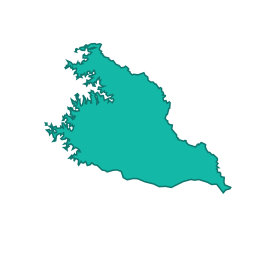 Guia Lopes da Laguna, Mato Grosso do Sul, Brazil, rotated 161°
{"feature_id": "56859067B83170351073830", "entity_name": "Guia Lopes da Laguna", "entity_type": "district", "adm_level": 2, "iso_a3": "BRA", "parent_name": "Brazil", "parent_adm1": "Mato Grosso do Sul", "projection": "albers", "projection_center": [-55.943, -21.55], "detail": "fine", "context": "isolated", "style": "filled", "palette": "teal", "viewbox_px": 256, "rotation_deg": 161, "n_neighbors": 0, "source": "geoboundaries", "source_scale": "gbopen_adm2", "svg_char_len": 6020}
<svg xmlns="http://www.w3.org/2000/svg" viewBox="0 0 256 256"><g transform="rotate(161 128 128)"><path d="M50.2,38.4L55.0,42.7L55.0,45.5L53.1,50.0L55.4,51.4L56.0,52.8L55.2,55.0L55.6,56.2L57.8,56.8L57.1,59.6L57.7,60.6L56.7,61.4L55.3,61.0L56.8,63.4L54.5,65.2L55.6,67.3L53.8,68.6L53.5,70.3L56.0,75.1L57.4,75.3L58.7,78.3L60.0,78.7L61.0,82.1L61.0,85.5L60.1,86.7L60.7,87.8L63.5,90.4L66.4,89.0L66.7,89.9L67.7,89.9L70.3,88.0L76.4,92.6L77.8,96.0L77.2,96.9L78.3,97.7L79.7,97.4L84.4,100.9L83.7,101.7L85.0,103.6L84.3,105.6L87.1,112.8L85.1,116.3L87.9,118.0L88.7,120.4L88.2,121.8L89.0,122.4L89.8,125.0L87.4,128.1L86.4,128.0L83.0,133.2L82.1,133.2L80.0,138.2L80.4,139.2L83.0,138.7L83.2,141.6L85.4,141.7L85.2,145.0L82.7,145.7L82.2,146.6L84.5,147.9L83.3,148.7L83.1,150.3L84.2,151.4L83.4,154.6L84.3,155.7L85.8,155.1L87.3,160.5L88.3,160.8L89.3,163.3L91.4,163.9L93.4,166.4L92.8,169.8L94.8,172.6L95.0,175.1L101.3,175.0L105.0,176.9L106.9,177.0L108.1,179.3L107.9,180.4L109.5,182.5L108.1,183.6L109.5,186.4L110.3,187.3L111.3,186.6L114.9,187.1L116.2,190.1L118.6,191.9L120.1,196.5L121.7,196.6L123.5,199.0L123.5,200.4L127.5,203.2L127.5,204.5L128.3,205.4L127.9,206.2L129.3,207.5L128.0,209.0L129.6,211.0L129.2,212.4L126.1,215.6L127.1,216.8L130.6,217.2L131.8,218.6L135.5,219.5L137.7,219.3L138.5,218.5L140.7,220.3L143.4,219.0L147.1,219.6L148.0,218.6L146.4,216.5L143.7,215.5L141.9,218.2L140.4,218.1L140.7,216.4L139.7,215.2L140.6,214.6L140.5,213.2L137.7,211.3L140.3,209.9L141.3,210.7L143.0,209.4L145.4,210.9L145.3,211.9L146.7,211.4L147.7,208.9L143.5,207.2L143.3,206.0L146.3,204.8L147.5,205.2L147.4,206.3L148.8,206.1L150.7,204.8L149.8,203.6L152.6,203.7L153.0,205.7L154.0,205.7L153.9,206.8L156.1,204.7L158.2,206.0L159.6,205.7L160.5,208.5L163.5,211.3L162.9,209.3L163.7,207.8L164.4,206.7L165.8,207.2L166.1,206.2L167.8,205.7L167.6,204.5L162.2,205.6L162.3,203.1L160.7,203.5L161.2,201.2L157.3,201.4L158.3,198.7L160.2,198.1L161.2,196.6L159.1,196.9L157.8,195.3L158.6,194.6L158.4,193.1L160.0,193.1L159.6,192.1L160.2,191.1L156.8,192.0L155.1,190.8L155.4,193.6L154.3,193.9L153.5,192.7L151.3,193.9L151.5,190.7L149.5,192.2L148.4,191.8L148.8,193.7L147.8,194.5L145.7,194.0L146.2,192.2L144.6,191.7L141.3,193.7L140.9,190.1L143.9,189.2L144.1,190.4L145.3,189.4L147.3,190.2L148.1,189.3L144.7,186.9L150.0,185.4L151.2,186.6L152.2,184.1L155.1,183.9L153.4,182.8L153.3,181.3L150.6,183.6L149.9,182.5L149.2,183.4L148.1,183.3L147.1,180.4L147.4,179.3L145.5,178.3L145.6,182.0L144.6,182.3L143.4,181.0L142.9,182.5L140.0,184.8L138.7,185.1L139.6,183.1L139.4,182.0L138.3,182.0L140.2,179.8L140.1,178.3L138.6,176.1L136.8,175.3L139.6,175.0L142.4,176.3L143.7,174.3L140.7,172.9L142.4,171.0L142.0,169.7L138.4,170.8L138.5,169.3L136.7,168.2L137.9,167.0L136.9,164.8L132.0,164.7L131.4,163.9L135.0,162.0L134.4,160.9L132.5,160.5L132.3,159.0L134.7,157.0L136.6,159.8L138.3,158.9L136.5,162.4L141.4,161.7L140.8,166.7L142.0,167.2L143.4,166.6L145.1,171.6L146.6,171.3L147.9,169.8L148.1,171.4L149.2,172.0L148.7,173.9L150.5,175.4L151.0,173.6L153.4,174.2L151.9,170.6L153.3,170.4L153.3,166.7L154.3,165.1L156.6,167.5L156.8,168.7L159.5,164.4L160.5,165.1L159.8,165.8L158.7,169.9L159.9,173.8L160.1,170.3L162.1,166.8L164.0,164.3L165.3,164.2L165.3,167.3L164.2,170.8L165.3,170.5L165.8,173.0L163.9,175.2L164.6,176.9L167.2,176.1L166.5,175.2L167.1,173.9L167.0,170.1L168.2,167.4L169.1,170.5L170.3,170.4L172.2,173.5L172.4,168.8L171.0,168.5L172.0,166.2L170.5,166.4L169.8,165.7L171.0,163.8L168.2,162.7L168.5,160.2L171.7,160.6L171.8,161.8L173.4,161.3L173.8,162.6L175.1,162.8L174.1,164.7L175.7,166.1L176.7,165.6L175.5,164.8L177.0,163.6L176.8,161.5L178.2,159.2L176.7,158.6L177.2,155.7L178.2,155.6L178.4,157.1L180.6,158.4L181.5,161.3L182.5,160.1L183.7,160.6L184.4,159.3L185.8,160.1L186.1,157.5L187.3,156.5L186.2,156.2L184.7,157.7L183.0,157.6L182.5,155.2L185.1,153.9L184.5,152.6L180.9,151.2L182.7,149.4L182.6,148.2L179.6,149.3L180.0,147.6L178.6,147.6L180.2,144.8L182.3,143.3L183.1,144.3L183.4,146.6L185.0,146.1L185.4,147.1L184.5,151.2L185.6,151.0L186.3,149.8L187.3,153.6L188.6,154.2L189.4,151.5L188.7,149.9L189.1,148.7L191.1,151.5L191.5,149.9L195.2,150.7L195.5,153.1L197.8,153.0L198.7,152.2L199.2,156.5L200.4,154.8L201.9,155.3L200.3,152.8L200.4,151.0L197.1,150.4L197.0,147.0L199.0,147.2L199.5,149.3L202.7,150.8L202.8,152.2L205.8,152.6L204.0,149.0L204.3,147.2L202.8,148.2L201.2,148.0L201.4,143.7L200.4,141.6L203.2,139.8L200.6,139.4L198.0,144.3L194.8,145.0L193.6,144.6L194.0,143.1L190.6,144.3L191.4,141.4L195.0,139.7L194.2,138.5L190.7,138.0L189.8,138.8L187.0,136.1L187.6,135.0L189.0,136.1L190.6,133.8L191.9,133.5L191.4,132.2L191.8,130.8L193.1,129.9L195.1,130.4L192.8,126.9L192.3,129.1L189.8,129.8L190.3,130.9L189.1,131.9L188.3,131.2L187.0,131.6L185.4,128.4L187.5,125.9L183.5,126.6L181.2,123.5L180.9,120.9L182.1,121.3L182.0,122.9L183.2,122.9L184.2,122.3L185.2,119.3L186.7,119.7L186.9,121.0L189.6,119.3L190.0,120.6L193.4,118.7L191.5,118.4L191.8,117.4L190.0,118.0L188.5,117.0L189.9,114.1L188.0,115.8L186.6,115.8L185.1,113.6L186.9,110.0L186.7,108.9L183.2,111.7L182.7,110.0L181.4,109.3L178.9,110.1L178.7,105.8L175.6,105.6L173.7,106.9L171.9,104.2L169.2,102.7L166.2,96.7L163.3,95.1L162.1,93.3L155.4,92.9L151.8,91.8L148.5,89.1L148.6,82.6L145.6,79.3L139.5,78.6L135.4,76.9L129.4,71.6L121.9,66.7L117.6,62.4L111.4,60.6L106.4,57.7L93.1,59.4L85.4,58.9L81.6,56.9L77.9,56.3L70.6,50.9L67.4,47.4L63.2,46.3L62.2,45.5L59.0,35.7L55.9,37.6L51.5,37.4L50.2,38.4ZM147.9,169.8L146.9,168.4L147.7,164.5L147.4,161.7L149.8,160.7L148.5,163.7L149.0,169.1L147.9,169.8ZM138.8,215.5L133.7,215.3L132.6,214.5L137.7,214.6L138.8,215.5ZM177.2,155.7L174.8,157.0L174.1,156.2L176.2,154.2L177.4,154.1L177.2,155.7ZM166.5,175.2L165.1,175.5L165.5,174.3L166.5,175.2ZM154.3,165.1L154.1,163.7L155.1,163.7L154.3,165.1ZM204.1,158.3L204.8,157.5L203.7,157.1L203.1,159.0L204.5,159.5L204.1,158.3ZM176.7,165.6L178.0,166.9L178.3,165.3L177.2,164.6L176.7,165.6ZM152.1,217.8L151.0,218.6L149.8,218.7L150.6,219.7L151.8,219.5L152.1,217.8ZM152.1,217.8L153.1,217.4L152.0,216.6L152.1,217.8ZM191.9,133.5L192.6,134.2L193.6,133.7L191.9,133.5Z" fill="#14b8a6" stroke="#0f766e" stroke-width="1.5"/></g></svg>